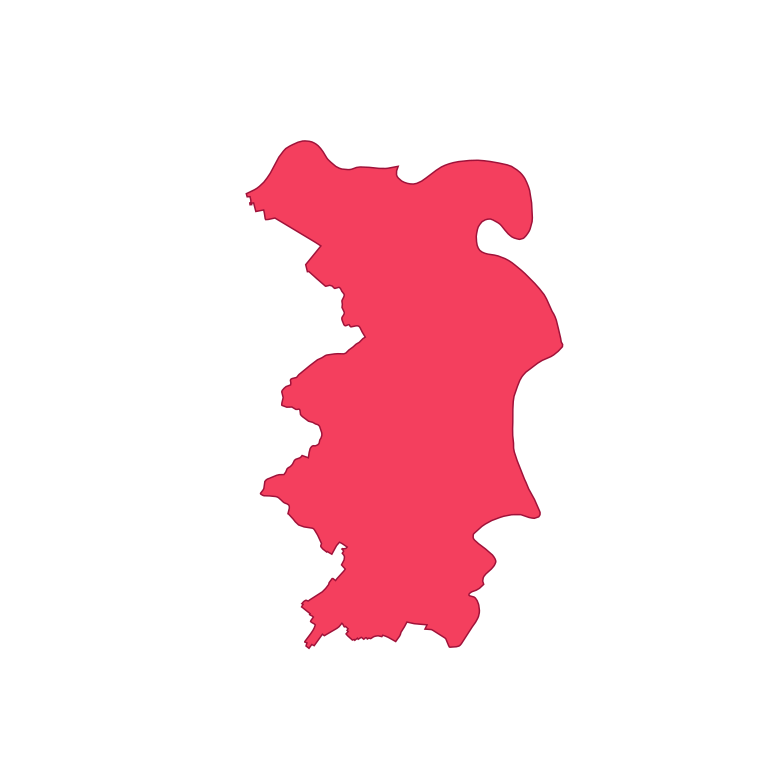 Y Yen, Nam Định, Vietnam, rotated 221°
{"feature_id": "81297802B2331859269186", "entity_name": "Y Yen", "entity_type": "district", "adm_level": 2, "iso_a3": "VNM", "parent_name": "Vietnam", "parent_adm1": "Nam Định", "projection": "orthographic", "projection_center": [106.033, 20.329], "detail": "fine", "context": "isolated", "style": "filled", "palette": "rose", "viewbox_px": 768, "rotation_deg": 221, "n_neighbors": 0, "source": "geoboundaries", "source_scale": "gbopen_adm2", "svg_char_len": 6171}
<svg xmlns="http://www.w3.org/2000/svg" viewBox="0 0 768 768"><g transform="rotate(221 384 384)"><path d="M274.8,137.7L274.5,137.3L272.3,138.1L271.0,135.1L267.2,135.3L267.6,140.0L265.0,140.7L266.3,154.7L263.9,154.9L259.2,168.8L258.7,171.3L258.8,175.8L257.5,175.7L254.9,174.7L254.3,174.9L253.9,175.8L250.5,175.7L250.3,173.8L248.7,173.7L248.7,170.5L248.5,170.4L246.0,170.1L239.9,170.0L238.9,171.6L237.9,171.4L237.3,174.7L236.0,174.4L235.0,177.8L234.7,178.0L231.8,178.1L231.4,180.5L231.0,180.9L230.5,181.0L229.3,180.6L228.7,182.3L227.0,183.1L226.0,186.5L225.0,188.1L223.3,190.1L219.9,191.9L220.1,193.6L217.4,194.7L214.6,195.6L206.2,197.3L206.8,203.8L207.3,205.7L208.3,207.8L209.3,214.1L210.5,219.4L204.0,222.9L193.5,230.5L192.3,225.9L187.2,229.7L185.9,230.1L171.5,232.3L170.1,232.2L163.7,229.0L162.1,228.4L161.5,228.7L157.0,233.2L155.5,235.4L155.2,236.7L155.2,238.7L158.1,258.8L158.6,264.2L159.5,268.4L160.2,270.6L162.0,273.9L163.4,275.7L167.2,279.1L168.3,279.9L171.6,281.6L174.6,282.4L176.3,282.3L180.5,280.3L181.5,280.4L182.0,281.3L181.9,283.2L181.3,285.0L179.1,288.9L177.9,292.4L177.3,298.2L180.2,300.0L182.0,302.9L182.4,304.4L182.5,307.6L181.6,314.9L181.6,317.5L181.7,319.3L182.2,321.3L182.9,323.1L184.0,324.1L185.5,324.9L187.6,325.6L190.0,326.1L199.3,326.1L207.9,325.5L213.2,325.6L215.0,326.0L216.1,326.7L217.6,328.6L218.0,329.5L218.0,330.3L216.7,340.9L215.6,345.0L213.1,351.7L209.1,359.1L206.9,362.7L201.9,369.1L199.4,371.4L195.0,375.2L187.0,378.4L184.4,379.9L182.4,381.3L180.1,385.2L180.3,387.0L180.7,388.0L182.0,389.5L183.5,390.3L194.7,395.6L205.9,399.7L212.1,402.8L215.5,404.3L233.2,413.5L241.1,418.2L244.1,420.6L247.4,424.3L253.0,429.5L257.5,434.5L261.6,439.5L270.2,449.5L274.9,455.5L277.8,460.0L281.7,469.6L283.9,475.9L284.7,480.0L284.8,482.4L284.7,486.1L281.7,500.5L280.1,505.6L276.0,514.2L275.0,517.4L274.0,523.0L273.8,529.2L275.1,531.0L277.8,532.0L280.7,534.4L288.7,540.2L295.8,545.2L299.1,547.0L301.9,548.2L304.8,549.1L316.9,554.7L319.3,555.6L321.9,556.5L329.3,557.9L336.2,558.8L349.8,559.8L354.3,559.9L362.9,559.7L367.0,559.5L370.7,559.0L374.7,558.1L381.9,555.5L385.3,553.7L390.8,550.2L393.7,548.8L396.6,547.9L399.4,547.7L402.0,548.4L404.7,549.8L407.5,552.1L411.2,555.9L412.8,558.3L414.8,561.8L415.9,564.3L416.4,567.4L416.5,570.8L415.3,574.3L413.9,576.4L412.0,578.3L409.4,579.3L403.7,580.5L401.4,580.7L399.1,580.5L393.8,579.5L388.8,578.8L386.5,578.8L384.1,578.9L381.5,579.6L378.7,580.9L376.7,582.0L376.0,582.9L374.5,585.2L374.2,586.5L374.1,589.4L374.4,592.7L374.8,594.9L375.5,597.0L378.7,603.6L381.1,606.8L391.4,617.5L401.1,625.6L404.5,627.7L408.4,629.7L412.3,631.4L414.7,632.1L417.2,632.6L420.0,632.9L424.1,632.8L430.5,631.9L434.8,630.2L442.3,626.1L449.8,621.6L455.3,617.9L460.0,614.4L466.3,608.6L473.5,600.9L476.8,596.7L479.2,593.1L481.4,589.2L483.1,585.4L484.8,579.5L487.4,567.1L488.7,561.8L490.9,556.9L493.0,554.2L495.4,552.3L497.9,550.8L501.0,549.5L503.8,548.8L508.2,548.8L510.1,549.2L511.8,550.1L514.3,553.1L516.1,557.6L522.6,549.4L524.2,547.7L529.3,543.4L537.3,537.8L544.3,532.2L546.8,529.4L549.3,524.9L550.4,523.5L551.8,522.2L556.8,518.6L559.4,517.5L563.1,516.6L569.8,516.5L573.6,516.7L575.6,517.1L582.4,519.3L586.4,520.2L590.0,520.6L592.5,520.5L594.8,520.1L597.2,519.4L599.7,518.1L603.0,515.7L604.8,514.0L607.5,510.1L610.0,504.7L611.3,501.5L612.6,497.2L612.7,493.7L612.2,486.3L608.1,468.4L607.4,462.8L607.1,457.5L607.7,451.4L608.3,448.4L609.2,445.6L612.8,437.3L610.1,435.5L608.0,437.5L605.0,435.3L603.5,433.6L604.1,432.6L602.7,431.4L601.5,432.6L602.6,433.6L601.2,435.1L593.9,430.1L589.0,436.4L586.8,434.8L582.2,430.9L581.2,430.4L579.5,432.0L575.2,437.7L529.9,445.7L522.2,446.8L521.4,422.7L515.5,418.5L514.5,419.6L503.9,419.4L492.4,419.4L491.9,419.8L489.7,422.9L487.5,423.9L484.5,423.7L483.8,423.9L481.6,427.2L481.0,427.6L480.4,427.6L478.9,427.3L476.9,426.4L473.5,425.7L472.4,425.2L471.5,423.4L470.5,419.5L470.1,418.9L467.7,416.8L465.9,414.2L461.1,412.1L460.4,411.3L459.9,410.1L459.4,406.7L458.5,405.4L457.2,404.5L453.3,402.5L452.1,402.3L451.1,402.8L450.1,404.8L449.3,405.9L448.8,405.9L447.5,405.3L446.4,405.4L443.2,409.6L442.2,410.5L440.9,411.1L439.3,410.9L434.5,408.9L428.9,407.1L429.7,404.4L430.0,399.3L431.2,395.8L431.7,391.5L432.8,386.8L433.1,382.2L434.2,380.3L438.7,376.6L441.3,374.0L446.2,368.3L446.9,367.0L448.1,363.0L450.1,358.6L452.0,349.4L454.4,335.3L454.3,331.6L456.9,327.9L457.4,326.7L457.3,325.9L457.0,325.3L454.9,323.6L453.9,322.0L456.2,317.8L456.6,315.3L456.6,312.5L456.3,311.5L455.9,310.9L451.2,307.6L448.8,303.0L447.7,301.4L447.0,300.9L442.2,302.7L438.4,306.2L433.9,307.0L432.9,307.8L431.9,309.1L431.1,309.4L430.0,308.9L427.0,306.2L425.6,305.9L423.2,305.9L416.6,306.4L412.6,308.3L409.5,308.9L407.3,309.9L405.4,309.9L404.7,309.7L399.1,306.4L398.1,305.5L397.1,304.3L396.1,301.8L395.7,299.6L394.2,296.9L394.0,296.2L394.1,294.7L394.8,293.1L395.4,292.1L396.7,291.2L397.4,290.2L397.6,289.0L397.5,287.7L397.3,286.7L395.6,283.3L392.7,278.7L398.9,276.3L398.8,274.4L399.1,273.0L401.2,269.3L401.5,267.6L400.5,263.8L400.4,262.1L400.6,259.9L401.3,258.1L401.5,256.4L400.4,253.1L400.1,250.0L403.6,246.8L405.1,244.7L409.6,235.8L410.0,234.4L410.0,232.3L406.1,226.3L405.7,224.4L405.5,220.5L405.0,220.1L404.5,220.1L402.6,220.4L401.3,220.9L396.9,224.5L391.9,228.0L390.4,228.7L388.9,229.0L382.1,228.8L380.4,229.2L378.6,229.9L376.5,230.2L375.2,229.5L374.0,228.2L371.4,223.1L371.0,223.3L364.1,222.5L360.5,221.8L356.0,221.6L350.6,223.7L343.8,228.0L342.9,228.4L341.9,228.5L340.5,228.2L334.9,226.4L326.5,222.6L325.7,220.6L325.2,220.0L324.5,219.7L321.7,219.3L317.0,219.6L316.9,220.3L311.7,221.3L313.8,230.9L313.8,235.4L310.9,236.1L304.8,236.8L304.8,235.8L305.0,234.7L306.3,233.2L307.4,232.5L307.5,231.8L305.9,231.7L305.1,231.5L304.7,231.2L304.5,228.9L301.8,228.4L300.4,227.6L298.7,225.0L297.4,219.6L291.8,218.9L291.6,216.4L291.8,206.3L291.6,203.9L294.9,203.7L295.5,203.1L295.1,198.1L294.2,196.3L293.9,191.4L294.2,186.7L298.4,172.4L298.7,170.8L299.0,170.4L300.7,169.8L301.3,169.2L301.9,167.1L301.9,164.3L300.5,164.6L300.0,161.7L289.0,162.2L288.9,161.2L288.2,161.2L285.9,161.8L284.4,161.8L284.0,157.8L283.7,156.7L282.7,156.5L279.0,157.2L277.8,157.1L276.7,154.4L276.0,151.5L275.5,147.5L274.8,137.7Z" fill="#f43f5e" stroke="#9f1239" stroke-width="1.5"/></g></svg>